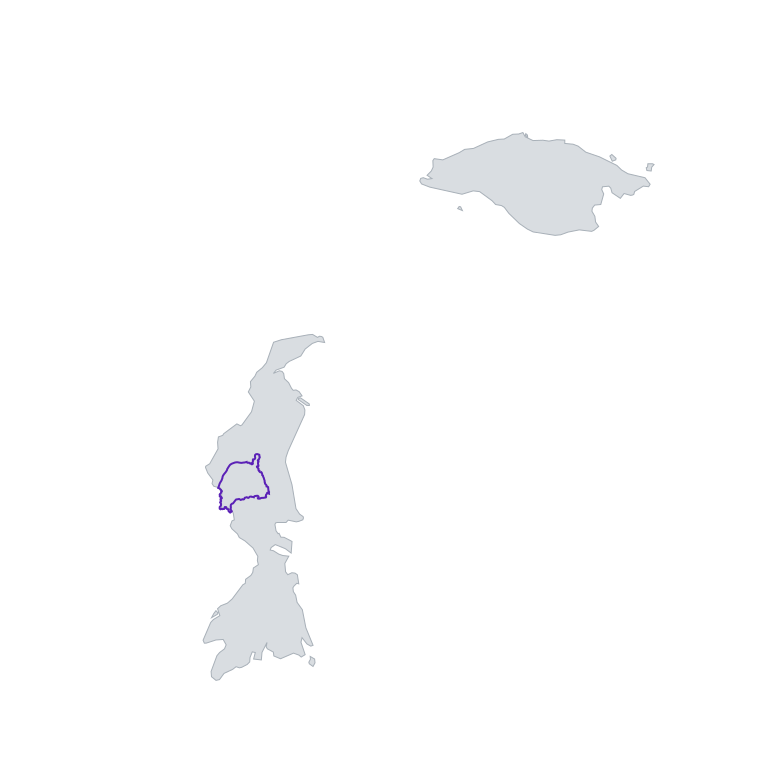 Belaga, Sarawak, Malaysia (highlighted), rotated 127°
{"feature_id": "92858781B14210888216544", "entity_name": "Belaga", "entity_type": "district", "adm_level": 2, "iso_a3": "MYS", "parent_name": "Malaysia", "parent_adm1": "Sarawak", "projection": "orthographic", "projection_center": [114.332, 2.676], "detail": "fine", "context": "in_parent", "style": "outline", "palette": "violet", "viewbox_px": 768, "rotation_deg": 127, "n_neighbors": 0, "source": "geoboundaries", "source_scale": "gbopen_adm2", "svg_char_len": 9009}
<svg xmlns="http://www.w3.org/2000/svg" viewBox="0 0 768 768"><g transform="rotate(127 384 384)"><path d="M663.6,381.7L659.3,380.9L653.3,377.2L647.1,375.9L629.3,375.9L626.7,374.8L623.2,377.0L617.0,375.1L613.5,375.4L609.5,377.6L603.9,375.6L601.2,378.9L597.6,381.0L593.8,389.9L593.0,400.6L593.7,407.2L591.9,410.8L591.2,418.3L589.8,421.5L584.8,423.0L582.6,421.8L578.1,426.4L577.0,428.3L576.8,435.5L580.3,437.9L580.2,439.4L572.9,445.4L566.5,449.0L565.6,452.0L568.1,458.4L567.0,461.4L563.6,462.9L561.2,471.1L558.1,476.3L557.0,476.9L552.6,475.2L535.7,477.5L530.7,481.8L525.9,484.4L522.1,481.9L520.1,482.1L504.4,477.5L503.7,473.5L502.2,472.8L485.9,473.1L475.7,477.2L472.0,487.6L466.5,488.6L462.5,492.1L455.5,491.8L451.2,492.7L444.3,491.0L437.8,490.7L417.1,497.3L410.4,492.6L390.3,474.1L387.4,470.9L386.8,465.2L384.6,464.2L383.8,462.7L383.5,461.0L386.6,456.4L389.7,462.4L394.8,465.7L403.5,468.0L411.7,467.3L423.0,473.3L426.7,474.3L430.7,473.9L437.8,478.5L442.1,478.7L436.4,475.5L435.3,473.0L436.0,470.4L439.7,466.7L440.3,461.0L443.1,455.3L443.7,452.7L441.7,450.7L441.2,447.2L442.8,442.3L446.6,444.8L449.9,444.3L449.9,435.4L452.3,431.6L456.2,429.0L495.0,420.3L501.4,418.2L505.8,415.6L519.8,396.9L536.5,379.3L538.7,373.1L538.6,368.7L539.5,367.7L541.3,367.1L545.0,369.4L546.9,371.1L550.4,378.6L553.6,378.9L559.0,386.1L560.3,387.0L561.9,386.5L566.2,381.9L567.3,378.5L566.4,378.0L568.4,374.1L566.6,371.6L565.1,362.7L574.9,356.4L574.9,363.7L577.7,374.2L582.5,375.7L585.1,375.0L583.7,371.9L583.2,365.7L581.9,361.6L578.8,356.4L587.0,355.2L593.2,349.6L594.2,346.1L590.2,344.0L588.6,341.3L588.5,338.4L594.9,331.8L595.6,333.7L599.7,334.3L601.6,334.1L604.4,331.4L605.8,327.5L610.7,322.0L613.4,313.4L625.7,299.7L635.4,283.4L637.4,284.7L638.0,289.1L635.9,296.8L640.2,294.9L647.6,284.1L651.9,285.8L651.7,288.8L653.4,294.3L665.7,301.3L667.5,308.3L664.7,311.0L665.7,317.8L664.8,319.9L660.8,321.9L671.8,319.9L678.2,315.9L682.1,322.6L675.9,325.2L677.2,328.0L683.1,326.4L686.8,324.0L690.4,324.5L696.0,327.2L697.7,328.7L698.8,332.0L702.9,333.1L711.4,337.6L719.1,337.5L721.8,339.8L721.6,345.6L717.6,349.1L701.6,353.9L697.4,353.7L691.5,352.0L687.3,353.1L684.8,358.7L689.6,364.2L697.9,370.0L699.1,371.5L697.5,374.3L678.7,378.9L674.8,378.5L667.8,375.7L663.6,381.7ZM62.2,299.7L64.3,291.7L67.2,291.4L69.9,296.0L79.4,299.7L82.3,298.6L83.6,299.3L84.9,300.5L87.4,306.9L93.5,307.0L94.0,317.0L91.1,320.8L90.7,323.5L95.0,328.2L97.7,327.1L100.0,322.9L110.2,318.9L114.3,323.4L118.1,323.5L120.9,321.9L123.2,316.5L127.3,312.5L129.0,307.4L134.8,308.8L137.1,310.0L143.4,320.8L152.0,328.5L158.5,332.7L162.3,336.8L172.8,356.4L174.0,362.8L174.4,372.4L172.6,386.9L170.5,394.2L170.8,397.6L173.5,402.9L172.6,407.8L172.8,423.4L176.1,429.0L185.5,435.9L199.2,465.9L201.6,474.4L200.3,477.6L197.7,478.4L195.6,476.8L194.3,472.6L191.1,469.3L191.4,475.2L185.4,474.4L181.2,475.3L176.2,479.4L173.8,479.5L169.6,471.9L153.9,463.1L148.1,460.8L142.0,454.3L128.3,446.9L119.7,439.8L116.0,435.4L107.1,431.5L103.3,426.9L99.6,424.4L101.6,420.0L99.9,411.5L93.7,403.8L90.7,398.4L84.9,393.0L80.4,386.4L83.1,384.4L78.7,377.3L77.2,372.1L77.4,362.4L72.9,348.6L69.3,329.6L70.1,323.0L69.3,315.8L62.2,299.7ZM648.1,277.1L646.0,279.0L645.4,273.9L648.2,271.3L652.3,270.7L652.4,275.3L651.4,276.6L648.1,277.1ZM53.1,298.8L55.3,302.5L53.5,304.7L52.1,304.1L49.3,305.8L46.5,302.1L46.2,300.4L49.7,300.7L53.1,298.8ZM448.0,443.1L446.9,443.5L445.3,442.3L444.9,431.7L446.1,430.7L447.6,432.8L448.0,443.1ZM68.7,335.8L66.0,340.8L63.6,340.2L64.1,334.5L65.5,333.8L68.7,335.8ZM674.4,381.1L669.6,381.8L666.2,381.8L666.7,378.9L668.3,378.5L674.4,381.1ZM199.6,430.7L197.0,430.8L196.4,429.4L198.3,425.8L199.6,430.7ZM100.4,420.8L98.7,421.4L98.9,419.2L100.2,418.0L100.4,420.8Z" fill="#d9dde1" stroke="#a8b0b8" stroke-width="1"/><path d="M528.9,446.8L530.1,447.7L530.8,448.3L531.2,448.8L531.6,449.2L532.1,449.7L532.6,450.2L533.0,450.7L533.4,451.4L534.0,452.5L534.5,453.6L534.8,454.1L535.3,454.7L535.8,455.2L536.3,455.7L536.9,456.1L537.5,456.5L538.3,457.0L538.9,457.4L539.7,457.8L541.1,458.3L542.9,458.3L546.3,458.0L547.2,457.6L548.9,457.4L550.2,457.4L552.2,457.5L554.1,457.4L554.9,457.2L555.8,456.8L556.7,456.3L557.6,456.1L558.8,455.7L561.2,455.5L562.4,455.3L563.6,454.9L564.1,454.7L565.3,454.3L566.2,454.1L566.8,453.9L566.6,453.2L566.5,452.8L566.5,452.2L566.6,451.6L566.7,451.3L566.8,451.0L566.8,450.9L566.7,450.6L566.7,450.4L567.1,449.9L567.2,449.7L567.1,449.3L567.2,449.0L567.5,448.9L567.7,449.0L567.9,449.2L568.2,449.2L568.4,449.0L568.5,448.9L569.0,448.7L569.8,448.6L570.2,448.7L570.6,448.8L571.0,448.7L571.3,448.6L571.4,448.3L571.6,448.1L571.8,447.9L572.0,447.9L572.3,447.8L572.4,447.7L572.6,447.5L572.6,447.3L572.6,447.1L572.4,446.9L572.2,446.8L572.1,446.6L572.0,446.4L572.1,446.2L572.3,445.4L572.5,445.0L572.7,444.8L572.8,444.8L573.1,444.8L573.2,445.0L573.3,445.3L573.7,445.5L574.1,445.2L574.3,444.9L574.5,444.9L574.8,444.9L574.9,444.6L575.0,444.3L575.2,444.0L575.5,444.1L575.7,443.9L575.7,443.6L576.1,443.5L576.6,443.6L577.1,443.7L577.3,443.5L577.4,443.2L577.4,442.9L577.5,442.5L577.6,442.3L578.0,441.8L578.4,441.7L578.6,441.5L579.0,441.2L579.4,441.1L579.9,441.1L580.8,441.2L581.1,441.2L581.3,441.1L581.5,440.9L581.8,440.7L582.1,440.5L582.3,440.3L582.5,440.1L582.5,439.7L582.4,439.1L581.8,438.9L581.5,438.8L581.5,438.4L581.4,438.1L581.3,437.8L580.9,437.6L580.7,437.3L580.4,436.9L580.1,436.5L579.8,436.4L579.4,436.5L578.9,436.7L578.6,437.0L578.2,437.1L577.9,436.8L577.7,436.6L577.5,436.3L577.4,436.1L577.5,435.8L577.7,435.6L577.9,435.4L578.1,435.0L578.2,434.9L578.3,434.6L578.2,434.4L578.1,434.0L578.2,433.7L578.1,433.3L577.9,433.2L577.7,432.9L578.0,432.3L578.2,432.1L578.5,432.0L578.8,431.9L579.1,431.5L579.2,431.2L579.1,430.9L579.0,430.4L579.1,430.2L579.3,429.9L579.3,429.6L579.2,429.4L578.6,429.2L578.3,429.3L578.0,429.2L577.7,429.0L577.4,428.9L577.1,429.2L577.1,429.5L577.0,429.9L576.6,430.7L576.1,431.1L575.7,431.5L575.2,431.8L574.4,432.2L574.0,432.8L572.6,433.6L571.7,433.5L571.2,433.4L570.6,433.0L570.1,432.7L568.8,432.7L565.5,432.7L565.1,432.5L564.8,432.2L564.5,431.9L563.7,431.1L563.3,430.7L563.1,430.6L563.0,430.3L562.9,430.1L562.9,429.7L562.9,429.3L562.9,429.1L562.9,428.8L562.3,428.3L562.0,428.2L561.8,428.1L561.4,427.8L561.2,427.7L561.1,427.2L560.7,426.7L560.4,426.5L560.0,426.4L559.7,426.5L559.4,426.6L558.9,426.7L558.6,426.7L558.4,426.5L558.3,426.4L557.8,426.0L557.2,425.7L556.9,425.1L556.9,424.9L556.9,424.4L556.7,424.0L556.5,423.7L556.1,423.6L555.7,423.5L554.9,423.4L554.0,422.6L553.8,422.3L553.8,421.9L553.6,421.5L553.4,421.2L553.0,420.6L552.9,420.3L552.8,419.8L552.5,419.9L551.8,419.9L551.4,419.8L550.7,419.2L550.5,418.9L550.3,418.7L550.0,418.5L549.5,417.9L549.3,417.6L549.3,417.2L549.3,416.8L549.5,416.4L549.7,416.2L549.8,416.0L550.0,415.9L550.3,415.9L550.5,416.0L550.9,416.0L551.1,416.1L551.3,415.8L551.3,415.6L550.9,414.9L550.3,414.2L549.7,413.8L549.2,413.7L548.8,413.4L548.5,413.0L548.2,412.7L547.6,411.9L547.2,411.5L546.9,411.3L546.7,411.0L546.2,410.7L546.0,410.3L545.7,410.1L545.3,410.1L544.9,410.3L544.7,410.8L544.5,411.0L543.9,411.3L543.5,411.5L543.3,411.5L542.7,411.5L542.4,411.5L541.9,411.5L541.2,411.8L540.9,411.7L540.7,411.5L540.7,411.3L540.8,411.0L540.9,410.8L541.0,410.6L540.8,409.9L540.7,410.0L540.4,410.2L539.4,410.8L538.8,411.9L538.7,412.1L536.1,414.5L536.1,414.9L536.2,415.2L536.3,415.5L536.4,416.0L536.5,416.2L536.4,416.3L536.2,416.4L536.0,416.5L535.9,416.6L535.7,416.7L535.6,417.2L535.4,417.7L535.4,417.9L535.4,418.2L535.3,418.5L535.1,419.1L534.9,419.3L534.7,419.5L534.4,419.7L534.3,419.9L534.2,420.1L534.1,420.4L533.7,420.6L533.5,420.8L533.1,421.1L532.9,421.4L532.7,421.7L532.5,422.0L532.3,422.3L531.9,422.8L531.7,423.1L531.5,423.3L531.3,423.6L531.1,424.0L530.9,424.4L530.7,424.8L530.5,425.0L530.3,425.2L530.0,425.6L530.0,426.0L530.1,426.3L529.8,426.6L529.6,426.8L529.3,427.1L529.1,427.3L528.5,428.1L528.4,428.5L528.3,428.8L527.9,429.7L528.0,429.5L528.7,429.3L528.9,429.5L529.0,430.1L528.9,430.6L528.8,430.9L528.5,431.1L528.2,431.3L528.3,431.6L528.6,431.7L528.4,432.3L528.1,432.7L527.8,432.9L527.3,433.1L527.1,433.3L526.9,434.5L526.9,435.1L526.6,435.6L526.4,435.8L526.0,435.7L525.8,435.3L525.5,435.0L525.2,434.9L524.9,435.0L524.7,435.2L524.4,435.5L524.2,435.8L523.9,436.1L523.7,436.4L523.4,436.7L523.1,437.0L522.8,437.2L522.6,437.3L522.4,437.3L522.0,437.4L521.8,437.5L521.7,437.8L521.5,438.1L521.3,438.4L521.1,438.7L520.9,438.8L520.5,438.8L520.5,438.5L520.4,438.6L519.9,438.6L519.6,438.6L518.9,438.7L518.3,438.9L517.8,439.1L517.3,439.1L517.0,439.4L516.9,439.7L516.6,440.2L516.3,440.4L515.9,440.6L515.6,441.0L515.7,441.6L515.8,441.8L515.9,442.2L516.1,442.5L516.2,442.8L516.3,443.2L516.5,443.4L517.2,443.9L517.4,444.1L518.3,444.2L518.9,443.9L519.5,443.5L520.0,442.9L520.5,442.4L521.0,442.2L521.8,442.1L522.3,442.3L522.6,442.8L522.9,443.2L523.7,443.0L524.1,442.5L524.4,442.2L525.1,442.0L525.5,441.9L525.9,441.4L526.5,440.8L527.1,440.8L527.6,441.1L527.8,441.5L527.7,441.8L527.3,442.3L527.3,442.5L527.7,442.6L528.1,443.0L528.1,443.7L528.1,444.3L528.1,444.6L528.6,445.0L529.0,445.5L529.1,445.9L529.1,446.6L528.9,446.8Z" fill="none" stroke="#5b21b6" stroke-width="2"/></g></svg>